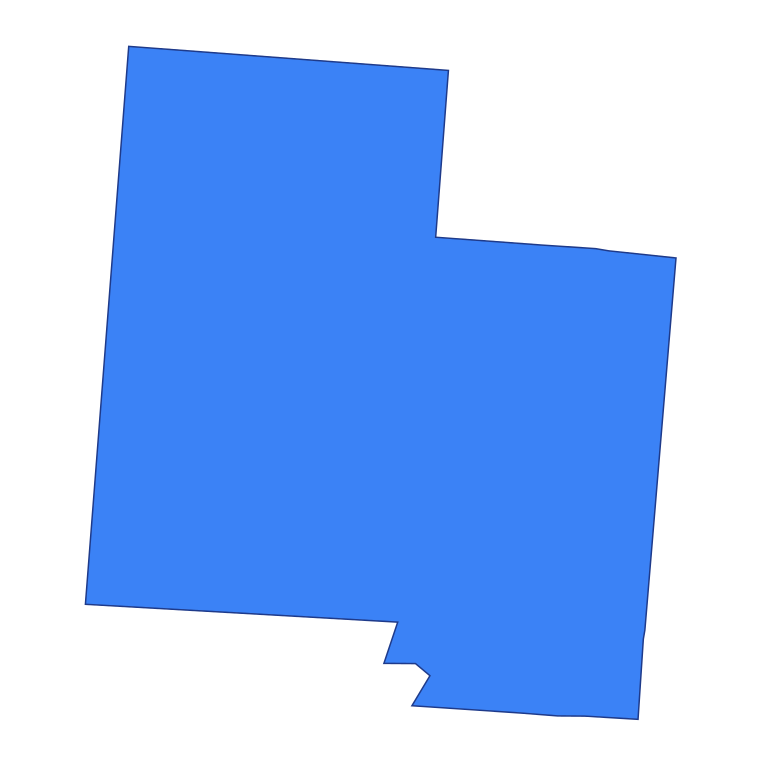 the district of Owen, Indiana, United States of America, rotated 94°
{"feature_id": "52423323B55669324788412", "entity_name": "Owen", "entity_type": "district", "adm_level": 2, "iso_a3": "USA", "parent_name": "United States of America", "parent_adm1": "Indiana", "projection": "robinson", "projection_center": [-86.781, 39.32], "detail": "fine", "context": "isolated", "style": "filled", "palette": "blue", "viewbox_px": 768, "rotation_deg": 94, "n_neighbors": 0, "source": "geoboundaries", "source_scale": "gbopen_adm2", "svg_char_len": 408}
<svg xmlns="http://www.w3.org/2000/svg" viewBox="0 0 768 768"><g transform="rotate(94 384 384)"><path d="M237.9,101.5L235.5,169.0L234.2,182.3L234.4,236.4L234.0,342.7L66.7,341.6L65.0,662.2L624.6,666.5L620.6,353.7L662.7,364.6L660.7,333.1L671.8,317.8L703.0,333.7L702.7,224.7L703.0,187.5L701.3,160.7L700.8,107.2L620.3,107.5L611.4,106.6L237.9,101.5Z" fill="#3b82f6" stroke="#1e3a8a" stroke-width="1.5"/></g></svg>